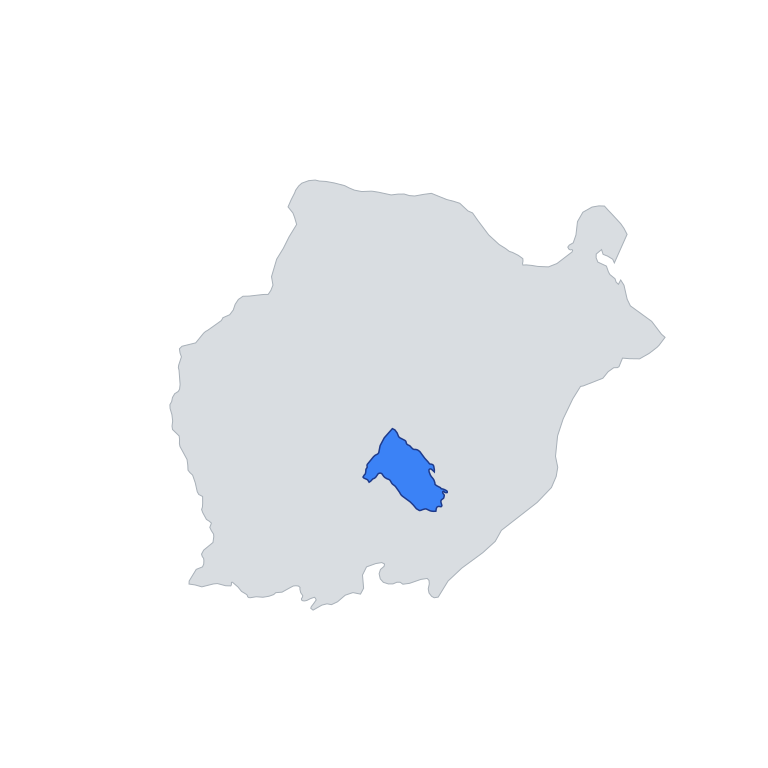 Vâlcea on a map of Romania (Albers equal-area conic projection), rotated 311°
{"feature_id": "ROU-304", "entity_name": "Vâlcea", "entity_type": "County", "adm_level": 1, "iso_a3": "ROU", "parent_name": "Romania", "parent_adm1": "", "projection": "albers", "projection_center": [24.119, 45.04], "detail": "fine", "context": "in_parent", "style": "filled", "palette": "blue", "viewbox_px": 768, "rotation_deg": 311, "n_neighbors": 0, "source": "natural_earth", "source_scale": "10m", "svg_char_len": 5489}
<svg xmlns="http://www.w3.org/2000/svg" viewBox="0 0 768 768"><g transform="rotate(311 384 384)"><path d="M573.6,422.9L580.3,431.3L588.4,435.5L607.0,439.3L608.6,438.7L608.8,437.7L607.4,436.6L607.1,434.9L607.9,432.9L610.4,432.7L614.7,434.2L622.4,431.1L633.5,423.5L644.1,421.4L654.0,424.9L659.4,429.3L662.9,433.6L662.2,439.3L661.9,442.9L660.3,457.5L658.9,463.0L656.4,469.3L626.5,478.4L628.2,474.8L627.2,468.8L625.6,464.3L628.2,460.0L621.3,458.9L618.4,461.3L616.3,465.4L618.9,474.5L615.9,479.7L614.8,482.6L615.0,489.3L613.2,492.3L613.0,495.5L617.8,494.4L616.0,500.3L607.5,511.9L604.6,518.7L606.9,544.9L603.6,560.8L603.6,565.5L593.7,566.2L590.8,566.0L581.3,564.1L570.7,560.4L564.1,552.6L560.0,547.0L551.2,550.0L549.5,549.4L547.0,546.7L540.3,545.1L532.0,545.4L513.2,535.6L511.1,533.9L496.7,536.2L475.2,542.1L458.8,549.0L441.9,560.9L435.1,569.8L427.2,574.6L415.7,578.3L395.1,577.3L373.6,573.1L350.6,568.6L338.2,571.2L321.4,569.2L296.1,563.5L277.3,561.6L258.7,564.7L255.6,562.1L255.0,559.2L255.8,555.1L258.4,551.8L262.9,549.3L265.3,546.8L265.6,544.2L260.7,540.0L250.4,534.1L246.3,530.5L245.3,529.6L245.0,526.3L242.9,523.8L239.0,521.9L236.0,518.5L233.9,513.6L234.5,509.0L237.6,504.8L241.7,503.0L246.5,503.7L248.5,502.5L247.8,499.5L243.1,495.6L234.5,490.8L225.7,493.1L216.5,502.6L210.0,504.1L206.2,497.4L199.2,493.3L189.1,491.8L183.0,489.1L180.7,485.2L176.4,482.2L166.8,478.8L166.7,475.8L168.3,475.2L171.8,475.0L176.5,474.5L177.3,472.9L177.4,471.4L173.8,469.3L170.1,467.8L168.2,466.4L167.1,464.9L166.9,463.4L168.0,462.4L169.5,462.4L171.0,461.5L171.9,458.0L174.0,455.1L175.4,454.1L175.4,452.0L174.0,449.9L172.1,448.1L169.1,446.9L160.0,443.6L155.5,439.2L152.7,438.9L148.3,436.4L143.6,432.5L139.6,427.1L135.2,423.5L134.1,422.1L134.0,420.7L134.9,419.3L134.9,417.7L134.0,412.5L135.0,407.1L135.0,402.0L135.0,399.7L134.2,399.0L133.4,399.7L132.2,400.6L131.1,400.8L127.9,396.9L124.1,389.2L121.3,386.5L116.0,382.8L111.4,379.6L108.4,373.2L105.1,368.1L107.5,366.2L120.9,363.9L126.9,367.0L129.8,366.1L132.6,363.9L134.1,362.2L134.5,360.2L135.9,357.9L140.4,356.9L152.2,358.9L157.1,355.7L158.9,353.9L160.1,349.8L161.5,346.6L165.8,345.0L165.8,342.0L165.3,338.8L168.0,331.6L169.6,328.7L172.0,327.7L174.9,325.5L180.1,320.9L179.1,316.7L180.2,313.7L185.6,306.4L189.7,299.3L189.8,295.7L190.4,292.6L194.0,289.2L197.8,284.9L203.0,271.0L204.8,268.7L208.0,266.1L210.4,263.5L210.9,254.3L213.1,251.7L217.4,248.8L221.7,244.1L225.2,238.6L227.9,236.0L231.4,235.3L235.1,233.2L239.4,232.4L243.4,233.6L246.0,233.1L249.9,230.4L260.0,220.2L261.4,218.1L263.5,216.7L271.6,213.3L273.6,209.7L276.4,206.5L280.0,206.8L291.5,214.9L304.0,214.5L306.2,214.8L307.0,215.0L308.5,215.6L325.0,219.6L327.6,219.2L328.3,218.9L335.0,222.1L340.9,221.7L346.5,219.4L352.3,218.6L357.7,220.0L361.8,224.5L372.4,234.2L375.6,237.8L380.5,237.2L385.8,235.3L391.2,228.7L407.8,221.1L420.4,219.0L432.8,215.8L447.1,213.4L451.1,207.2L453.3,203.1L454.7,195.4L462.3,193.0L469.6,191.2L472.2,190.2L477.5,189.7L481.6,190.2L488.1,193.8L492.8,198.3L494.7,202.0L498.7,207.2L503.0,214.4L507.9,224.2L509.1,229.1L510.9,234.5L514.6,240.9L521.2,247.9L522.2,249.3L525.3,254.3L531.4,265.4L536.3,269.8L540.6,274.6L542.8,279.5L546.0,283.8L553.1,289.5L559.0,294.7L564.3,310.2L567.8,317.2L570.1,322.6L569.7,333.8L571.2,338.6L569.0,347.4L565.2,365.2L564.8,379.3L566.0,386.8L566.3,391.6L567.6,394.6L569.2,400.9L569.7,406.5L568.0,408.2L565.7,409.6L564.9,410.8L567.2,413.2L570.4,417.7L573.6,422.9Z" fill="#d9dde1" stroke="#a8b0b8" stroke-width="1"/><path d="M300.1,437.2L300.9,434.7L300.8,433.8L300.0,431.2L299.8,430.4L300.0,429.2L302.5,428.8L303.7,428.9L304.4,428.6L305.7,427.9L307.5,426.5L308.3,426.2L309.3,426.1L310.0,426.0L310.6,425.5L311.1,424.9L311.6,424.4L312.5,424.1L322.3,423.8L324.5,424.1L326.6,425.0L327.5,425.2L328.7,425.1L334.6,421.7L335.4,421.4L343.6,419.5L355.8,419.6L356.5,422.3L355.7,426.0L354.0,429.3L353.8,430.2L353.8,431.2L355.1,436.5L355.2,437.5L355.0,438.2L354.6,438.9L354.1,439.5L353.8,440.1L353.6,440.9L353.7,441.8L354.3,443.9L354.1,445.9L353.9,447.7L354.0,448.8L354.3,449.6L355.2,450.6L355.6,451.2L356.1,452.2L356.4,453.5L356.5,455.4L354.7,463.4L354.1,468.5L353.7,470.3L353.7,471.0L354.1,471.7L354.6,472.4L355.0,473.4L355.1,474.2L354.9,474.9L354.5,475.6L352.2,478.4L350.7,479.6L350.8,475.7L350.5,475.0L350.0,474.4L349.4,474.2L348.9,474.2L348.3,474.6L347.8,475.1L347.3,475.7L345.7,478.7L345.4,479.7L345.1,480.7L345.0,481.8L344.6,483.7L344.3,484.6L343.7,485.7L342.8,487.2L341.7,488.4L341.7,489.1L341.9,490.9L342.8,494.6L342.5,496.0L343.2,497.0L343.9,498.6L344.4,500.5L344.5,502.1L344.0,502.5L343.6,502.9L343.1,502.6L342.6,502.0L342.3,501.5L342.1,500.9L342.1,500.4L342.2,499.5L342.1,499.2L341.8,499.0L341.2,499.0L340.5,499.6L340.1,500.3L339.8,502.1L339.3,502.7L337.5,503.7L336.9,503.9L336.3,503.8L334.9,503.5L334.2,503.4L333.5,503.5L332.8,503.9L332.1,504.6L330.3,507.4L329.5,507.7L329.1,507.7L328.6,507.3L328.0,506.3L327.6,505.7L327.0,505.2L326.4,504.9L325.7,504.8L324.9,505.0L324.3,505.2L322.0,506.6L320.3,504.8L319.3,503.4L318.6,502.1L317.4,497.9L316.9,497.2L316.3,496.7L314.3,495.4L313.4,495.0L312.3,494.3L311.8,493.8L311.6,493.0L311.5,492.3L311.1,490.3L311.9,485.5L312.2,481.0L311.4,471.3L311.5,469.7L311.8,468.6L312.5,466.7L314.1,460.1L314.2,458.9L314.0,456.1L314.2,454.9L315.2,452.0L315.3,451.0L315.0,449.9L314.4,448.3L314.0,446.0L314.1,444.4L314.9,441.1L314.6,440.2L314.2,439.5L313.1,438.7L312.7,438.5L312.1,438.5L308.5,438.9L307.4,438.8L306.5,438.6L305.4,438.0L304.7,437.8L301.9,437.7L300.1,437.2Z" fill="#3b82f6" stroke="#1e3a8a" stroke-width="1.5"/></g></svg>